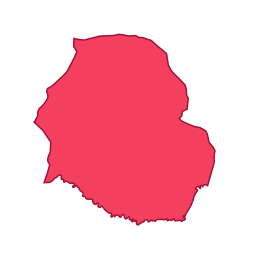 Juban, Al Dali', Yemen (Albers equal-area conic projection), rotated 15°
{"feature_id": "15242507B54497479807016", "entity_name": "Juban", "entity_type": "district", "adm_level": 2, "iso_a3": "YEM", "parent_name": "Yemen", "parent_adm1": "Al Dali'", "projection": "albers", "projection_center": [44.946, 14.052], "detail": "fine", "context": "isolated", "style": "filled", "palette": "rose", "viewbox_px": 256, "rotation_deg": 15, "n_neighbors": 0, "source": "geoboundaries", "source_scale": "gbopen_adm2", "svg_char_len": 5912}
<svg xmlns="http://www.w3.org/2000/svg" viewBox="0 0 256 256"><g transform="rotate(15 128 128)"><path d="M215.4,124.8L209.8,120.6L206.3,113.5L203.6,110.6L197.6,109.0L191.6,109.4L186.0,108.8L179.2,107.6L178.5,107.5L175.0,105.8L176.8,102.3L176.2,97.9L180.2,94.6L178.5,83.7L176.2,81.4L174.5,76.0L171.9,71.6L165.6,67.8L155.3,61.8L150.8,57.0L145.9,46.1L133.7,40.5L128.3,37.7L127.6,37.4L126.3,37.3L122.9,37.2L121.8,37.1L120.2,36.9L118.5,36.9L117.3,37.1L115.1,37.7L114.6,37.7L114.1,37.6L113.0,37.1L112.5,37.0L111.5,36.9L111.0,37.0L109.8,37.3L108.3,37.9L104.6,39.0L104.0,39.1L101.2,39.1L97.7,39.5L95.6,39.8L95.1,40.0L94.1,40.3L91.2,41.9L90.2,42.3L76.7,46.7L62.7,54.5L54.7,55.5L53.6,55.5L52.7,55.4L52.7,55.9L53.1,57.5L53.6,59.6L54.1,61.7L54.6,63.3L54.8,63.7L55.3,64.2L55.7,64.5L56.2,64.8L56.8,65.5L58.1,66.5L58.8,68.0L58.8,68.5L58.8,69.1L58.5,70.0L58.3,70.4L58.4,70.9L58.0,73.7L55.4,85.0L55.4,85.4L55.2,86.5L54.6,88.7L53.7,90.8L53.0,92.3L52.3,93.4L51.2,95.6L50.5,96.6L49.6,97.8L49.0,98.9L48.7,99.3L47.8,100.8L47.1,101.8L46.0,103.8L45.2,104.9L44.6,105.7L44.4,106.2L42.9,108.1L41.6,109.3L41.1,109.7L40.3,110.4L40.1,110.9L39.9,112.0L39.9,112.5L39.9,113.0L40.0,113.5L40.2,114.0L40.4,114.6L41.2,115.5L42.0,116.8L42.2,117.2L42.5,118.4L42.6,119.4L42.5,120.5L42.1,122.1L42.0,122.6L41.6,123.7L41.1,125.3L40.2,127.3L39.6,128.4L39.2,129.4L38.8,129.9L37.5,131.8L37.1,132.9L36.9,134.0L36.8,134.7L36.8,135.9L36.9,136.5L37.0,137.5L37.2,138.2L37.6,139.2L37.6,140.2L37.6,140.8L37.2,141.8L37.1,142.4L36.7,143.4L36.6,143.9L36.4,145.0L36.3,145.5L35.8,146.7L37.7,147.6L46.5,152.4L57.0,161.6L57.1,161.9L59.0,170.6L59.0,173.1L58.7,173.8L58.5,174.8L58.5,175.9L58.4,177.1L58.6,179.0L58.9,180.1L59.1,180.7L59.4,181.1L59.7,181.6L60.5,182.3L61.4,183.3L61.7,183.8L61.9,184.4L61.9,186.7L61.8,188.6L61.9,191.5L61.7,193.1L61.5,195.9L61.5,197.7L61.2,200.4L61.2,202.5L62.5,202.0L64.3,201.5L65.4,201.2L66.2,200.8L66.7,200.5L67.2,200.1L67.8,199.3L68.4,198.5L69.2,197.5L69.5,197.0L69.8,196.0L70.1,195.5L70.8,194.8L71.3,194.6L71.7,194.3L72.4,192.9L73.1,192.1L73.4,191.6L73.9,191.2L74.4,191.0L75.0,191.0L75.5,191.1L75.9,191.4L76.2,191.8L76.3,192.3L76.3,192.8L76.8,194.6L77.2,194.9L77.7,194.6L78.8,194.6L79.3,194.6L79.5,195.1L79.6,196.2L79.9,196.6L80.3,196.9L80.7,196.6L81.4,195.7L81.9,195.5L82.4,195.5L82.9,195.5L84.6,195.8L85.1,195.8L86.0,196.5L86.5,196.5L87.6,196.1L88.8,195.6L89.3,195.6L90.1,195.7L91.0,196.0L91.1,196.5L90.6,197.4L89.8,198.2L89.6,198.7L89.8,199.2L90.2,199.4L90.7,199.3L91.3,198.9L92.4,197.9L93.0,197.0L93.5,197.0L94.0,197.1L94.6,198.1L95.1,198.3L95.7,198.4L96.1,198.7L96.7,199.7L97.6,200.4L98.0,200.8L99.5,201.5L101.0,201.9L101.4,202.2L101.6,202.7L101.8,203.3L101.7,205.4L102.1,205.6L102.7,205.6L104.2,205.4L104.7,205.7L105.4,206.6L105.7,207.0L106.2,207.2L106.7,207.2L107.2,207.2L110.2,206.5L111.3,206.3L111.7,206.3L112.3,206.4L112.5,206.9L112.7,207.3L112.8,208.4L113.3,208.5L113.8,208.7L114.1,209.6L114.6,210.0L115.5,210.0L116.0,210.2L116.5,210.2L117.0,210.0L117.2,209.5L117.4,209.0L117.7,208.6L118.2,208.5L118.8,208.6L119.1,208.9L119.2,209.5L119.2,211.0L119.3,211.6L119.8,211.8L120.3,211.9L121.3,211.9L121.8,211.7L122.2,211.2L122.4,210.6L122.7,210.2L123.2,210.2L123.7,210.5L125.1,211.6L125.5,211.9L125.9,212.2L127.2,213.2L128.2,213.7L129.2,214.1L130.7,214.8L131.2,215.1L131.7,215.1L132.8,214.8L133.8,214.6L134.3,214.8L134.4,215.4L134.4,217.5L134.6,218.0L135.0,218.3L135.4,218.1L135.8,217.7L136.6,216.4L137.2,216.3L138.0,217.1L138.3,216.8L138.3,215.7L138.6,215.2L139.2,215.1L139.7,215.1L140.3,214.9L141.0,214.9L141.6,215.0L142.7,216.0L143.3,216.3L143.8,216.2L144.2,215.8L144.4,214.7L144.8,213.7L145.1,213.2L145.6,212.8L146.0,212.7L146.5,213.0L147.1,214.0L147.7,215.0L148.1,215.6L148.5,216.1L149.0,216.3L149.5,216.3L150.0,216.1L150.6,215.2L151.1,214.3L151.7,213.5L152.2,213.5L152.5,214.0L152.8,215.5L153.0,215.9L153.5,216.2L154.4,215.6L154.9,215.8L155.4,216.8L155.9,217.2L156.3,217.5L156.6,217.1L156.6,216.5L156.2,215.5L156.1,215.0L156.4,214.7L156.9,214.8L157.4,215.4L157.9,216.3L158.3,216.5L158.8,216.4L159.2,215.4L159.7,215.2L160.2,215.6L160.4,216.1L160.8,217.7L161.0,218.1L161.3,218.5L161.7,218.9L162.2,219.1L162.6,219.0L163.1,218.6L165.1,216.5L166.1,215.2L166.8,214.9L167.3,214.7L167.6,214.3L167.8,213.8L167.8,213.3L168.0,212.8L168.4,212.3L168.9,212.1L169.4,212.0L170.4,212.1L171.0,212.3L171.3,212.8L171.7,213.1L172.2,213.3L172.7,213.2L173.0,212.8L173.4,211.9L173.8,211.5L174.2,211.2L174.7,211.1L175.2,211.3L175.7,211.4L176.2,211.2L176.6,210.8L177.2,210.7L177.8,210.8L178.4,211.1L178.7,210.7L179.0,209.7L179.3,209.3L179.8,209.0L182.3,208.0L182.8,207.9L184.2,207.6L184.7,207.4L185.2,207.3L185.7,207.5L186.2,207.6L188.6,206.0L189.1,205.7L189.4,206.2L189.5,206.7L189.6,207.1L190.1,207.3L190.6,207.2L190.9,206.8L191.2,206.3L191.5,205.9L192.1,205.8L192.7,205.9L193.2,206.1L193.7,206.1L194.1,205.8L195.1,204.4L195.4,204.1L195.9,203.9L196.3,204.3L196.5,204.8L196.8,205.2L197.3,205.4L198.0,205.4L198.9,204.9L199.8,204.6L200.3,204.5L201.3,204.0L201.8,203.9L202.4,203.9L202.8,204.0L203.9,204.1L204.4,204.1L204.6,203.6L204.6,203.1L205.8,202.6L206.2,202.3L206.8,201.5L206.9,200.9L206.6,200.5L206.2,200.2L205.6,200.0L205.1,200.0L204.6,199.8L204.2,199.5L204.1,199.0L204.2,198.4L204.7,198.4L205.1,198.7L205.7,198.7L205.9,198.2L206.2,196.6L206.3,195.5L206.6,194.5L207.1,193.0L208.3,188.6L208.8,186.9L208.9,186.3L209.2,183.2L209.5,181.5L209.5,178.9L209.4,178.0L209.5,177.3L209.5,176.7L209.8,175.1L209.9,174.5L210.6,172.5L210.8,172.0L211.2,170.5L211.3,170.0L210.8,169.6L209.3,169.5L208.9,169.2L209.0,168.6L209.7,167.2L210.1,166.7L210.5,166.4L211.1,166.3L211.6,166.5L212.0,166.8L212.3,167.2L213.2,167.7L213.7,167.5L213.7,166.9L213.2,166.1L213.1,165.5L213.0,165.0L213.4,164.6L213.9,164.4L214.5,164.6L214.9,164.9L215.4,165.2L215.4,164.7L215.3,164.1L215.6,163.8L216.0,163.4L217.0,162.9L217.4,162.7L217.9,162.7L219.8,163.1L219.8,159.5L220.2,141.3L220.0,138.0L218.5,133.4L217.9,127.5L215.4,124.8Z" fill="#f43f5e" stroke="#9f1239" stroke-width="1.5"/></g></svg>